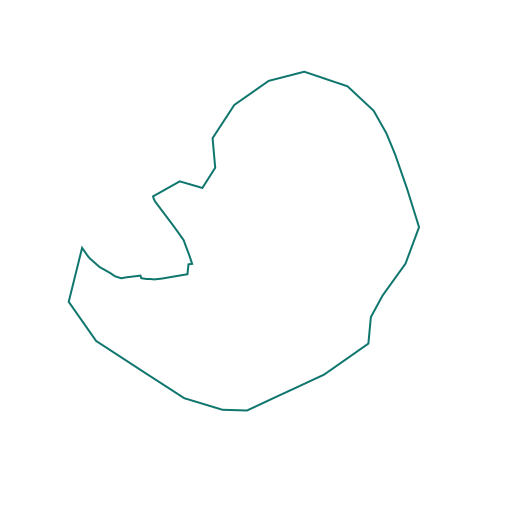 the district of Kumasi Metropolitan, Ashanti, Ghana, rotated 235°
{"feature_id": "2480657B53854728613413", "entity_name": "Kumasi Metropolitan", "entity_type": "district", "adm_level": 2, "iso_a3": "GHA", "parent_name": "Ghana", "parent_adm1": "Ashanti", "projection": "equal_earth", "projection_center": [-1.615, 6.69], "detail": "fine", "context": "isolated", "style": "outline", "palette": "teal", "viewbox_px": 512, "rotation_deg": 235, "n_neighbors": 0, "source": "geoboundaries", "source_scale": "gbopen_adm2", "svg_char_len": 787}
<svg xmlns="http://www.w3.org/2000/svg" viewBox="0 0 512 512"><g transform="rotate(235 256 256)"><path d="M362.4,118.2L325.9,76.3L278.1,76.3L222.9,98.5L180.6,115.7L149.3,140.3L134.6,160.0L129.0,192.0L119.8,243.7L119.8,297.8L140.1,315.1L151.1,337.2L164.0,374.1L186.1,406.1L224.7,418.4L259.7,428.3L281.8,433.2L307.5,435.7L342.5,428.3L379.3,401.2L392.2,366.8L392.2,324.9L377.4,288.0L351.7,273.2L342.5,251.1L360.9,236.3L363.9,205.9L361.4,205.0L358.6,204.6L329.6,205.6L318.5,205.8L310.4,205.8L304.0,204.1L295.0,201.8L286.2,199.2L287.9,195.9L280.4,189.4L291.7,165.5L295.2,159.2L297.4,156.7L300.0,153.1L303.6,149.3L306.2,150.1L313.1,137.2L315.0,132.9L320.2,128.9L325.7,126.8L336.5,121.6L341.8,120.3L349.3,118.5L352.3,118.2L362.4,118.2Z" fill="none" stroke="#0f766e" stroke-width="2"/></g></svg>